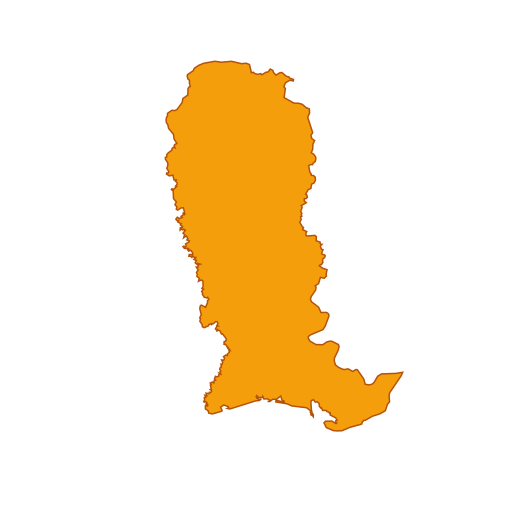 the district of El Litoral Del San Juán (Docordó), Chocó, Colombia, rotated 245°
{"feature_id": "7082276B60850908313742", "entity_name": "El Litoral Del San Juán (Docordó)", "entity_type": "district", "adm_level": 2, "iso_a3": "COL", "parent_name": "Colombia", "parent_adm1": "Chocó", "projection": "orthographic", "projection_center": [-77.053, 4.269], "detail": "fine", "context": "isolated", "style": "filled", "palette": "amber", "viewbox_px": 512, "rotation_deg": 245, "n_neighbors": 0, "source": "geoboundaries", "source_scale": "gbopen_adm2", "svg_char_len": 6111}
<svg xmlns="http://www.w3.org/2000/svg" viewBox="0 0 512 512"><g transform="rotate(245 256 256)"><path d="M415.0,231.2L411.9,231.5L408.6,230.7L401.2,232.6L396.7,231.2L391.4,231.8L391.4,229.6L390.7,228.5L388.3,228.3L389.4,227.4L389.0,225.4L387.5,224.5L386.5,219.8L385.5,217.9L383.5,216.9L383.7,215.6L382.1,214.8L377.7,215.4L375.4,214.4L373.2,212.2L369.2,212.6L368.3,211.6L369.0,210.1L368.1,209.5L365.2,211.3L364.4,214.8L359.5,213.8L358.7,215.9L357.7,214.6L356.4,215.4L354.4,215.0L353.4,212.7L352.6,213.5L351.2,209.6L352.5,208.2L351.9,207.4L350.2,208.5L342.8,205.5L338.7,206.7L336.7,204.2L333.9,205.1L332.1,203.5L330.7,204.4L331.2,208.3L330.4,210.6L324.1,209.3L323.7,208.7L324.7,208.1L326.3,208.4L324.0,207.3L323.6,204.9L322.1,205.4L322.4,202.4L324.4,201.1L323.2,198.9L321.1,199.6L321.0,200.8L319.9,199.5L316.7,201.9L316.1,200.6L313.5,201.8L313.0,201.1L313.5,199.2L311.5,198.2L311.9,200.0L310.5,200.8L310.8,201.9L309.2,202.8L307.5,199.5L305.6,200.4L303.1,198.1L303.7,201.2L300.6,201.7L299.8,200.1L297.9,202.0L297.1,201.3L296.7,197.2L294.6,197.0L294.1,196.1L294.0,195.1L295.4,194.9L295.4,193.8L293.1,194.3L291.4,198.0L290.4,197.8L290.4,196.7L288.8,197.1L288.9,199.2L285.9,199.9L284.0,199.3L285.6,196.2L284.2,195.0L283.1,196.8L281.8,197.3L282.8,198.3L281.3,199.4L280.0,199.3L280.2,201.6L279.0,198.3L277.2,200.1L275.5,198.0L273.2,199.1L274.0,199.9L272.2,202.0L272.4,199.9L270.5,198.8L271.2,197.2L267.8,197.7L266.3,195.1L264.1,195.0L262.5,193.8L259.7,195.2L257.4,193.2L257.4,196.4L255.7,197.3L250.7,195.2L249.5,193.3L248.2,194.5L246.9,191.8L244.6,191.9L244.0,191.2L240.4,191.7L238.8,193.7L239.0,194.7L236.7,195.0L236.1,193.2L234.3,192.4L230.8,188.6L234.5,185.9L234.6,184.7L232.1,182.8L226.0,181.6L223.7,178.8L222.8,179.3L220.5,177.5L216.7,178.2L214.5,177.5L212.9,178.8L212.8,183.5L213.8,184.3L213.6,186.2L212.7,186.7L213.5,187.3L212.6,188.4L213.6,191.8L212.5,193.1L210.6,192.8L209.6,191.2L208.8,191.7L209.1,191.1L207.0,188.4L205.7,188.9L205.7,189.8L204.5,189.1L204.5,190.9L203.6,191.7L199.9,191.7L199.7,192.7L193.9,194.0L192.2,193.5L191.5,191.6L191.9,191.1L190.7,190.2L189.6,190.5L189.5,189.9L187.8,191.4L185.4,191.4L185.0,192.1L184.1,191.4L182.7,192.6L181.5,192.6L182.4,191.8L180.0,191.1L179.1,188.5L177.9,188.0L179.0,186.8L178.5,184.0L176.7,184.4L175.2,182.7L176.3,180.9L173.7,180.9L172.1,179.4L172.8,178.6L170.1,177.7L170.1,176.6L168.7,175.2L166.6,175.5L166.3,174.5L163.8,174.2L165.3,173.0L164.2,173.1L164.2,172.2L162.9,171.5L163.0,169.4L164.1,168.4L162.1,166.3L160.6,167.0L160.5,165.2L158.8,164.1L160.2,163.3L160.2,160.8L158.3,161.1L158.3,160.1L154.5,159.3L154.3,158.0L153.0,158.8L152.1,158.5L151.4,157.1L152.2,156.1L151.1,155.2L152.8,152.8L150.1,152.3L151.4,150.8L149.2,150.7L149.5,149.3L147.4,148.7L146.0,147.0L145.4,147.3L145.4,148.9L143.5,149.5L143.2,148.3L142.3,148.0L141.9,149.3L141.2,149.4L140.6,148.7L141.6,146.8L138.8,145.5L136.1,147.2L133.5,146.8L131.3,149.7L129.8,159.3L130.4,160.0L133.9,160.0L134.6,163.8L131.1,167.3L130.1,167.1L130.0,165.5L128.4,167.7L124.9,194.2L123.6,198.1L124.2,200.4L124.3,198.6L126.8,196.7L128.5,196.7L129.2,197.7L126.8,198.4L125.0,202.1L125.9,202.8L123.1,202.7L121.7,206.0L118.8,208.1L118.4,207.0L119.3,205.1L118.9,205.6L118.3,207.2L119.1,210.6L117.5,214.0L118.7,219.2L114.3,218.7L112.6,220.1L111.4,219.8L116.4,213.9L116.3,212.6L115.3,212.3L109.0,221.6L104.9,225.2L97.1,237.7L92.8,240.0L91.3,239.1L89.8,239.4L89.2,238.8L88.9,239.3L88.4,238.2L88.5,239.5L86.2,240.0L88.1,240.9L89.9,240.5L93.1,241.2L100.2,243.9L101.6,245.0L101.5,247.3L98.5,248.0L98.1,249.7L95.8,250.9L93.0,249.9L90.8,250.5L90.8,251.1L87.9,251.1L86.2,254.6L85.0,254.5L83.9,256.0L82.4,256.1L82.4,256.9L80.4,256.1L75.7,259.8L72.9,260.1L72.9,258.6L71.7,257.9L70.5,258.6L70.3,257.7L74.4,254.9L76.9,249.1L76.1,247.1L70.8,247.2L65.0,252.4L63.1,255.8L61.3,260.1L61.0,268.7L59.0,280.8L60.3,281.8L61.5,284.3L60.9,285.8L61.6,293.7L60.6,301.4L61.1,307.8L66.0,312.4L67.4,315.4L73.4,317.7L75.6,319.4L86.0,336.8L88.6,339.8L90.4,333.4L96.1,319.9L95.6,315.4L91.7,309.9L90.8,307.3L91.3,304.1L93.6,300.8L98.9,301.7L110.1,299.8L110.9,298.5L110.5,294.9L114.8,291.8L115.8,288.0L116.9,286.6L120.0,283.9L123.6,282.0L127.5,282.5L130.2,283.8L136.1,290.9L138.8,293.0L140.9,293.3L146.6,288.8L147.6,287.1L148.2,283.7L147.4,279.0L150.4,272.9L156.1,268.9L159.7,268.7L160.9,269.5L161.5,272.3L161.0,285.6L163.2,289.1L170.7,296.7L172.4,297.3L174.1,296.8L175.4,295.5L177.3,291.0L183.1,291.1L191.0,287.0L193.7,287.0L196.0,289.0L199.9,295.6L202.1,297.2L203.9,297.0L204.6,301.1L209.4,305.3L207.0,308.4L208.1,311.4L209.9,311.9L213.6,314.6L216.7,311.3L220.4,309.2L220.9,310.6L220.5,311.6L221.7,313.7L225.1,315.1L225.5,317.4L227.0,318.9L228.3,318.4L229.7,316.6L230.7,316.6L233.4,319.4L234.5,318.2L237.7,318.4L238.7,320.6L239.0,319.8L240.6,319.4L241.4,320.0L244.4,317.0L248.1,318.9L249.9,317.9L252.5,310.7L253.4,310.0L255.6,310.8L256.7,312.3L260.3,309.4L261.8,311.1L262.7,310.4L268.1,309.9L270.0,312.4L272.7,312.9L272.7,314.4L274.2,314.4L275.3,315.6L277.4,315.3L280.6,318.4L282.5,318.3L283.0,324.1L285.5,323.0L287.5,324.0L286.9,325.6L287.4,327.3L289.6,327.9L291.1,327.1L294.1,331.5L294.0,334.3L297.6,336.7L297.7,339.7L299.7,342.0L302.6,343.0L304.5,342.2L305.8,340.2L307.1,340.7L309.0,340.2L315.6,341.9L315.8,344.1L314.9,345.9L316.0,347.0L316.6,349.7L318.6,351.2L320.5,351.9L323.7,351.4L326.2,349.7L328.8,352.5L333.2,354.8L335.9,357.9L338.8,356.2L342.2,356.8L343.8,359.5L359.9,361.5L363.1,365.1L366.8,366.5L369.3,364.1L374.0,362.0L376.5,359.1L378.5,355.0L387.7,348.4L395.4,353.4L397.7,352.8L400.5,355.9L401.0,360.9L398.9,363.8L400.2,364.6L403.0,361.6L404.4,361.5L406.1,359.4L411.4,357.0L412.0,355.1L411.5,350.5L415.0,349.4L417.1,349.7L419.4,347.9L417.7,344.7L418.3,342.8L417.8,337.8L419.3,337.4L419.9,334.3L421.7,332.1L423.7,331.2L424.0,329.3L432.3,331.0L434.9,328.5L436.4,324.2L442.8,316.1L446.3,306.4L449.9,301.0L452.8,289.9L453.0,284.4L452.2,279.4L450.5,277.5L449.3,270.6L448.1,269.6L445.2,269.1L443.3,270.0L440.9,268.7L437.5,268.1L437.4,266.5L436.4,265.1L430.7,262.2L429.6,256.3L426.3,253.9L422.2,246.4L422.1,243.9L423.6,241.4L422.7,236.1L420.0,234.7L419.5,233.5L417.5,232.1L415.0,231.2Z" fill="#f59e0b" stroke="#b45309" stroke-width="1.5"/></g></svg>